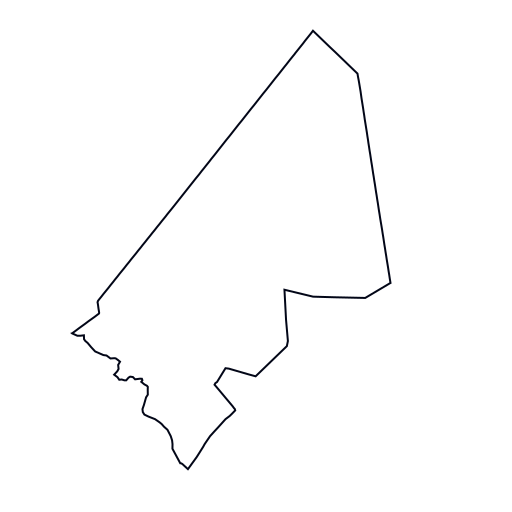 an SVG outline of Timbuktu, rotated 44°
{"feature_id": "MLI-2688", "entity_name": "Timbuktu", "entity_type": "Region", "adm_level": 1, "iso_a3": "MLI", "parent_name": "Mali", "parent_adm1": "", "projection": "robinson", "projection_center": [-3.929, 20.026], "detail": "fine", "context": "isolated", "style": "outline", "palette": "ink", "viewbox_px": 512, "rotation_deg": 44, "n_neighbors": 0, "source": "natural_earth", "source_scale": "10m", "svg_char_len": 3288}
<svg xmlns="http://www.w3.org/2000/svg" viewBox="0 0 512 512"><g transform="rotate(44 256 256)"><path d="M202.3,54.3L205.0,56.3L207.7,58.2L210.3,60.1L213.0,62.1L216.9,65.0L219.6,67.1L222.4,69.3L225.2,71.4L228.0,73.5L230.8,75.6L233.5,77.7L236.3,79.8L239.1,82.0L241.9,84.1L244.7,86.2L247.5,88.3L250.3,90.4L253.0,92.5L255.8,94.6L258.6,96.8L261.4,98.9L264.4,101.2L267.5,103.5L270.5,105.8L273.5,108.1L276.6,110.4L279.6,112.7L282.6,115.0L285.7,117.3L288.7,119.6L291.8,121.9L294.8,124.2L297.8,126.5L300.9,128.8L303.9,131.1L307.0,133.4L310.0,135.7L313.0,138.0L316.1,140.3L319.1,142.6L322.2,144.9L325.2,147.1L328.3,149.4L331.3,151.7L334.4,154.0L337.4,156.3L340.4,158.6L343.5,160.9L346.5,163.2L349.6,165.5L352.6,167.8L355.7,170.1L358.8,172.4L361.8,174.7L364.9,177.0L367.9,179.3L371.0,181.6L371.5,182.0L371.3,182.5L363.7,210.3L341.2,231.1L325.3,245.6L299.9,260.5L321.9,281.0L338.0,295.0L340.8,299.4L339.3,342.8L332.7,346.4L314.7,355.9L312.0,357.9L314.3,368.3L315.5,373.7L315.1,375.7L315.6,377.4L318.0,377.6L333.0,379.2L343.5,380.3L345.8,380.7L347.1,380.8L348.3,381.5L348.3,386.1L348.2,389.4L347.4,394.5L347.8,405.8L347.9,411.1L348.1,417.5L349.5,425.7L349.8,427.3L350.5,429.8L352.2,437.9L353.0,441.8L355.1,456.6L347.4,456.8L346.2,457.1L345.5,457.7L329.8,452.7L326.6,449.3L323.7,446.9L319.8,444.8L313.0,442.5L308.4,442.7L304.9,442.4L302.3,442.6L296.7,443.5L290.2,446.2L285.9,447.6L283.0,446.9L280.7,445.0L278.9,441.1L275.1,434.0L274.5,430.9L271.0,427.4L269.1,425.3L267.7,425.1L264.9,425.9L260.9,426.2L260.6,424.3L259.2,423.6L257.8,424.8L254.7,428.7L251.5,428.6L249.3,430.2L248.8,432.0L249.0,435.6L247.8,436.8L245.2,438.1L243.6,440.0L240.5,439.4L236.4,439.9L236.3,435.3L235.6,432.7L232.5,430.1L231.6,426.5L229.0,426.7L226.2,427.1L225.1,427.9L222.5,430.8L217.6,431.4L215.0,433.3L206.6,436.4L200.9,436.1L195.3,435.5L192.2,435.7L190.1,435.3L187.3,432.6L185.1,435.3L182.8,437.5L177.5,439.4L177.4,439.4L177.5,439.2L178.2,435.1L178.8,431.2L179.5,427.2L180.2,423.3L180.8,419.4L181.5,415.6L182.2,411.8L182.8,407.9L183.0,406.7L182.9,406.2L182.6,405.8L181.2,404.7L179.7,403.6L178.3,402.5L176.8,401.3L175.5,400.3L174.1,399.3L173.8,398.6L173.5,398.0L173.3,396.3L173.0,392.7L172.6,389.0L172.3,385.3L172.0,381.7L171.6,378.0L171.3,374.4L170.9,370.7L170.6,367.0L170.2,363.4L169.9,359.7L169.6,356.1L169.2,352.4L168.9,348.7L168.5,345.1L168.2,341.4L167.9,337.7L167.5,334.0L167.2,330.2L166.8,326.5L166.5,322.7L166.1,318.9L165.8,315.2L165.4,311.4L165.1,307.6L164.7,303.9L164.4,300.1L164.0,296.3L163.7,292.6L163.5,290.2L163.2,287.8L163.0,285.5L162.8,283.1L162.3,277.5L161.8,272.4L161.3,267.4L160.8,262.3L160.3,257.2L159.8,252.2L159.3,247.1L158.8,242.0L158.4,236.9L157.9,232.6L157.7,230.2L157.2,225.0L156.7,219.7L156.4,217.3L156.0,212.5L155.5,207.6L155.0,202.7L154.5,197.8L154.0,192.9L153.6,188.0L153.1,183.1L152.6,178.2L152.1,173.3L151.7,168.4L151.2,163.5L150.7,158.6L150.2,153.7L149.8,148.8L149.3,143.9L148.8,139.0L148.3,134.1L148.0,130.3L147.9,129.2L147.4,124.3L146.9,119.4L146.4,114.5L146.0,109.6L145.5,104.7L145.0,99.8L144.8,97.3L144.2,91.8L143.7,86.3L143.5,83.7L143.4,83.5L143.1,80.2L142.8,77.0L142.5,73.8L142.2,70.5L141.8,67.3L141.5,64.1L141.2,60.8L140.9,57.6L140.5,54.4L148.3,54.4L156.0,54.4L163.7,54.4L171.4,54.3L179.2,54.3L186.9,54.3L194.6,54.3L202.3,54.3Z" fill="none" stroke="#020617" stroke-width="2"/></g></svg>